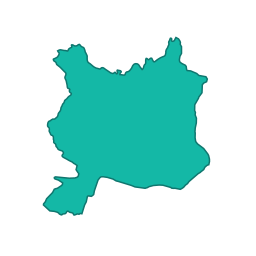 outline of Concepción Las Minas, Chiquimula, Guatemala, rotated 101°
{"feature_id": "79465075B28925037655820", "entity_name": "Concepción Las Minas", "entity_type": "district", "adm_level": 2, "iso_a3": "GTM", "parent_name": "Guatemala", "parent_adm1": "Chiquimula", "projection": "mercator", "projection_center": [-89.467, 14.489], "detail": "fine", "context": "isolated", "style": "filled", "palette": "teal", "viewbox_px": 256, "rotation_deg": 101, "n_neighbors": 0, "source": "geoboundaries", "source_scale": "gbopen_adm2", "svg_char_len": 5827}
<svg xmlns="http://www.w3.org/2000/svg" viewBox="0 0 256 256"><g transform="rotate(101 128 128)"><path d="M65.7,211.8L66.7,211.0L67.1,210.3L67.6,209.9L68.3,209.8L69.0,209.8L69.8,210.0L70.5,210.3L71.1,210.5L71.6,210.7L72.4,211.4L73.9,213.3L74.1,213.8L74.7,214.4L75.2,214.3L75.9,213.9L76.3,213.5L76.6,212.8L76.9,212.0L77.4,211.2L78.3,210.7L78.8,210.4L79.3,210.1L79.5,209.6L79.8,209.1L81.2,206.4L82.0,205.2L83.6,202.9L84.7,201.3L85.1,200.6L86.0,199.5L86.9,199.2L87.9,199.2L89.9,199.6L90.7,199.5L91.5,199.1L93.1,197.9L93.7,197.6L96.7,196.3L97.4,196.0L99.0,195.5L99.6,195.3L100.4,194.7L100.7,193.7L100.8,193.0L101.2,192.5L102.0,192.5L102.6,192.7L103.2,192.5L103.9,192.0L104.2,191.5L104.5,190.8L105.1,190.2L105.6,190.2L106.2,190.3L106.8,190.6L107.7,191.5L108.5,192.3L109.0,192.6L111.2,193.8L111.7,194.3L112.4,194.9L113.1,195.4L114.0,195.5L115.0,195.6L115.4,195.7L116.3,196.2L116.9,196.6L117.5,196.8L118.4,196.9L119.2,197.1L120.0,197.4L120.8,197.6L121.9,197.6L122.3,197.5L123.4,197.6L124.7,198.0L126.2,198.8L126.6,199.0L127.4,199.2L129.0,199.2L129.5,199.3L130.1,199.4L130.7,199.7L132.7,201.3L133.3,201.8L133.5,202.7L133.5,203.4L134.8,205.0L135.5,205.4L136.1,206.3L136.6,207.0L137.2,207.3L137.7,207.5L138.5,207.6L139.7,207.6L140.6,207.5L141.6,207.2L142.2,206.6L142.6,205.9L143.2,205.3L144.0,205.0L144.7,204.9L145.2,204.9L146.0,204.8L146.6,204.5L147.5,203.7L149.2,202.6L149.7,201.8L149.7,201.3L149.8,200.8L150.1,200.3L150.8,199.7L151.3,199.5L152.7,199.2L153.6,199.0L154.1,198.6L154.8,198.4L155.6,198.3L156.2,198.2L156.8,197.6L157.5,196.2L158.1,195.7L159.8,195.1L160.3,194.5L160.6,193.9L161.2,193.4L161.9,192.9L162.2,192.5L162.5,191.9L162.8,190.5L163.1,188.1L163.4,187.7L164.0,187.1L164.5,186.7L165.2,186.6L165.8,186.7L166.4,187.1L167.2,187.4L167.9,187.4L168.4,187.1L168.7,186.7L169.0,186.1L169.2,185.6L170.5,181.4L170.9,180.4L171.3,179.1L171.9,176.9L172.0,176.4L173.1,174.4L173.4,173.3L173.7,172.7L174.5,170.8L178.9,171.0L181.7,168.2L182.2,167.6L184.9,167.7L186.0,168.5L187.2,170.6L188.5,176.1L189.8,189.8L190.5,190.8L191.0,190.9L191.6,190.5L191.9,190.0L192.0,189.5L192.4,186.4L194.3,181.7L195.9,181.6L197.1,182.2L200.7,185.9L201.4,187.5L202.2,188.7L205.7,189.7L213.0,194.4L216.2,195.1L218.6,196.4L219.7,196.3L224.3,188.9L223.9,184.5L224.1,181.8L224.6,180.0L225.5,179.0L226.0,177.1L225.9,176.4L225.2,176.0L224.8,175.3L224.5,174.6L224.3,173.8L223.9,173.1L223.5,172.8L222.8,172.4L222.2,172.3L221.5,171.9L221.2,171.5L221.1,170.9L221.7,169.5L221.9,168.8L221.9,168.0L221.9,167.0L222.0,166.3L222.3,165.6L222.9,165.2L223.6,164.7L223.7,164.2L223.0,162.8L222.5,162.1L222.1,161.6L222.0,160.5L222.0,159.7L221.7,159.2L221.2,158.9L221.0,158.2L221.0,156.9L211.8,155.9L208.5,154.9L203.1,154.8L202.2,154.1L202.1,151.0L201.4,150.2L199.9,149.0L196.0,149.0L184.9,147.5L181.9,146.0L181.0,144.9L180.6,143.0L180.4,138.9L181.0,132.9L182.2,129.6L182.3,127.4L183.7,113.9L184.5,109.9L183.9,99.7L182.7,97.4L181.7,96.4L179.6,92.1L178.0,86.4L177.5,82.8L178.2,74.5L178.7,73.9L178.6,72.0L178.2,70.4L178.2,65.0L177.4,63.9L175.6,62.1L173.1,60.7L171.3,59.0L168.9,57.9L159.5,50.5L157.8,48.6L157.2,48.2L154.3,45.7L151.9,45.1L149.8,43.5L149.4,43.0L149.0,42.6L148.7,41.7L145.4,41.6L143.0,42.1L139.5,43.7L138.1,44.9L133.7,49.8L130.3,56.8L128.3,59.0L124.7,60.3L119.9,61.1L119.2,61.5L115.1,62.0L110.0,61.9L105.3,62.7L103.9,63.6L102.3,64.6L99.8,64.8L98.2,65.9L92.4,66.9L85.4,64.5L84.1,64.4L79.3,62.1L71.3,63.3L69.3,62.1L67.6,59.7L64.8,59.5L62.8,61.3L62.9,68.5L61.4,70.9L60.0,77.3L60.3,80.9L59.5,81.6L56.5,82.6L55.5,83.6L54.3,87.8L53.1,89.9L51.3,90.6L47.8,90.7L44.5,89.7L37.9,91.0L36.8,92.0L35.7,92.8L34.3,92.8L32.9,93.5L30.9,95.4L30.0,98.2L31.4,98.7L32.4,98.9L33.2,99.2L33.9,99.7L34.4,100.5L34.4,101.0L34.3,101.8L33.4,102.0L32.5,102.0L32.0,102.2L31.6,103.0L31.8,103.5L32.8,103.8L33.3,103.8L34.3,104.0L34.8,104.2L35.4,104.4L36.2,104.4L36.7,104.3L37.3,104.0L37.8,103.8L38.7,103.9L39.9,104.2L40.5,104.3L42.0,104.6L42.7,104.9L43.6,105.3L44.4,105.4L45.5,105.5L46.9,105.2L49.0,105.3L49.9,105.5L50.5,106.1L50.9,106.6L51.7,107.9L52.9,109.6L55.0,111.9L55.4,112.2L55.8,112.7L56.3,113.0L57.1,113.8L57.7,114.2L58.1,115.0L57.9,115.6L57.5,116.0L56.8,116.7L55.5,117.6L55.0,118.1L55.1,118.9L55.4,119.4L56.1,119.9L56.6,120.3L57.0,120.8L56.9,121.5L56.4,122.2L56.1,122.9L56.2,123.4L56.7,123.6L57.9,123.6L60.6,123.1L61.5,123.1L62.2,123.4L62.9,123.9L63.4,124.1L64.9,124.3L65.6,124.3L66.1,124.4L66.9,124.6L67.4,124.9L67.9,125.3L65.6,128.0L64.7,128.8L64.0,129.5L63.6,130.2L63.3,130.9L63.3,132.0L63.4,132.8L63.8,133.6L64.1,134.1L64.9,134.7L65.9,135.2L66.4,135.4L67.4,135.6L68.5,135.9L69.0,136.1L70.6,136.9L71.3,137.3L71.9,137.8L72.6,138.6L73.3,140.1L73.8,140.5L74.6,140.9L75.2,141.0L75.9,141.0L76.5,141.3L76.8,142.0L76.9,142.6L77.1,146.2L76.2,146.3L75.4,146.0L74.7,145.5L74.0,145.4L73.6,145.7L73.3,146.2L73.2,146.8L73.2,148.9L73.2,149.5L74.0,149.7L74.7,149.3L75.0,148.9L75.5,148.7L76.3,148.8L76.9,149.2L77.0,149.7L76.0,150.8L75.8,151.4L76.1,151.9L77.1,152.6L77.4,153.5L77.4,154.0L77.3,154.6L77.2,155.4L77.0,156.1L76.4,157.3L74.9,160.9L73.9,163.0L73.7,163.6L73.6,164.2L73.7,164.9L74.1,165.7L74.5,165.9L75.0,166.2L75.5,166.9L75.4,168.1L75.3,169.2L75.3,170.3L75.1,171.3L74.8,172.3L74.6,172.9L73.8,174.6L73.5,175.1L73.2,175.6L72.3,177.2L72.0,177.8L71.8,178.4L71.5,179.0L71.0,179.8L70.6,180.2L69.9,180.6L69.1,181.0L66.4,181.6L65.6,181.7L65.0,181.9L64.6,182.1L63.4,183.0L62.4,183.7L61.9,184.2L61.5,184.5L60.8,184.8L60.1,185.1L59.2,185.6L58.3,186.2L57.7,186.7L57.4,187.4L57.2,188.3L56.9,189.4L55.5,191.1L55.2,191.7L55.7,192.7L56.9,193.7L57.3,194.5L57.5,195.3L57.6,196.1L57.4,196.8L57.1,197.5L57.0,198.2L57.0,198.9L57.3,199.3L58.0,199.2L58.5,198.8L59.2,198.6L59.8,199.0L60.3,199.8L60.7,200.3L61.2,200.8L62.0,201.4L62.6,201.5L63.2,201.6L63.9,201.9L64.0,202.8L63.9,203.4L63.9,203.9L64.1,205.6L64.1,206.4L64.1,208.8L64.2,209.6L64.8,210.7L65.7,211.8Z" fill="#14b8a6" stroke="#0f766e" stroke-width="1.5"/></g></svg>